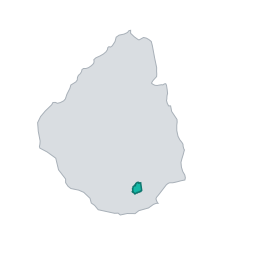 Lascano, Rocha, Uruguay shown in context, rotated 37°
{"feature_id": "84410073B78033052347779", "entity_name": "Lascano", "entity_type": "district", "adm_level": 2, "iso_a3": "URY", "parent_name": "Uruguay", "parent_adm1": "Rocha", "projection": "albers", "projection_center": [-54.358, -33.755], "detail": "fine", "context": "in_parent", "style": "filled", "palette": "teal", "viewbox_px": 256, "rotation_deg": 37, "n_neighbors": 0, "source": "geoboundaries", "source_scale": "gbopen_adm2", "svg_char_len": 3207}
<svg xmlns="http://www.w3.org/2000/svg" viewBox="0 0 256 256"><g transform="rotate(37 128 128)"><path d="M197.3,170.0L195.8,171.3L194.3,173.7L192.5,179.5L186.4,187.5L185.2,192.1L178.8,196.8L174.2,202.1L171.3,202.0L168.6,204.2L153.4,211.2L147.9,209.9L143.8,210.0L140.0,207.0L131.4,206.0L126.0,207.3L118.8,210.7L116.6,210.7L115.0,210.6L111.1,209.2L108.9,206.3L97.7,203.2L88.5,195.6L77.8,195.8L69.7,197.1L68.4,196.1L67.5,194.1L65.7,191.3L58.4,184.7L52.6,178.1L51.3,171.4L51.7,164.1L53.1,155.4L52.7,152.8L54.7,151.2L56.7,150.8L58.6,148.5L60.3,145.0L60.5,142.5L58.9,137.8L57.7,131.2L56.5,128.0L58.6,122.7L58.6,120.2L57.2,118.0L56.7,115.8L57.2,113.4L57.0,111.1L56.1,109.0L56.7,107.2L58.7,105.7L60.2,103.5L61.2,100.5L61.6,98.3L61.6,96.8L60.9,95.3L59.6,94.0L60.1,91.3L62.4,87.1L63.9,83.5L64.6,80.3L64.4,77.8L63.5,75.9L63.8,74.6L65.4,73.8L66.0,71.8L65.6,66.7L63.9,62.6L65.0,59.2L68.4,55.3L70.1,52.1L70.2,49.7L71.3,48.4L73.1,50.8L78.1,51.4L83.2,51.3L84.0,50.7L85.9,46.4L88.5,45.2L91.4,44.8L94.5,44.9L97.9,47.6L107.5,56.4L114.5,62.5L116.7,65.5L118.5,67.6L119.9,69.7L119.4,75.0L119.6,77.4L119.9,78.1L121.5,78.1L123.8,77.7L125.7,76.5L127.2,74.8L128.7,73.3L129.9,72.6L130.3,71.4L131.0,70.2L131.7,70.0L133.1,70.8L136.3,73.9L138.9,76.7L139.5,78.3L140.5,80.0L141.5,81.4L142.2,82.9L144.6,84.7L147.1,85.9L148.7,84.7L152.9,88.5L162.0,91.7L163.7,93.7L165.3,96.5L168.5,100.7L172.9,104.5L176.4,106.2L179.8,107.1L181.7,107.9L183.0,109.4L185.0,111.0L186.3,111.6L186.8,113.0L188.1,116.1L189.5,120.0L191.0,123.6L194.2,127.1L197.9,129.8L201.7,131.4L203.8,133.3L204.7,135.3L202.1,138.2L199.3,141.8L196.8,144.7L194.2,146.7L193.4,148.1L192.8,150.2L192.7,161.6L192.5,165.9L192.7,167.0L193.0,167.8L194.6,168.9L196.5,169.9L197.3,170.0Z" fill="#d9dde1" stroke="#a8b0b8" stroke-width="1"/><path d="M168.6,165.5L168.4,165.7L168.4,165.8L168.2,165.9L168.1,166.0L168.0,166.3L168.0,166.5L168.0,166.8L168.0,167.0L167.9,167.1L167.8,167.3L168.0,167.4L168.0,167.5L167.9,167.5L167.8,167.8L167.9,168.0L167.9,168.3L167.9,168.5L168.0,168.7L168.0,168.8L168.0,169.0L167.9,169.1L168.0,169.2L167.9,169.2L167.9,169.3L168.0,169.3L168.2,169.5L168.1,169.8L168.3,169.7L168.3,169.8L168.2,169.8L168.0,170.0L167.9,170.2L167.8,170.3L167.8,170.5L167.8,170.8L167.7,170.9L167.6,171.0L167.5,171.5L167.4,171.7L167.4,171.9L167.6,172.2L167.9,172.5L168.1,172.9L168.1,173.2L168.0,173.4L168.0,173.5L168.5,173.9L168.5,174.0L169.0,174.4L169.0,174.7L169.6,175.2L170.0,175.4L169.8,176.3L170.5,176.4L170.6,176.1L171.8,176.1L172.4,176.5L173.2,176.5L173.2,176.4L173.4,175.7L174.0,174.6L174.0,174.3L174.3,174.3L174.3,174.0L174.5,174.0L174.6,173.9L174.6,173.7L174.7,173.4L174.9,173.0L175.1,172.8L175.2,172.7L175.3,172.6L175.3,172.3L175.5,172.3L175.6,172.2L175.8,172.1L175.8,171.9L175.7,171.8L175.7,171.7L175.8,171.6L176.0,171.5L176.1,171.2L176.4,171.0L176.4,170.9L176.2,170.8L176.1,170.7L176.3,170.5L176.3,170.2L176.5,169.9L176.5,169.6L171.1,164.2L171.0,164.3L170.9,164.5L170.7,164.7L170.6,164.8L170.6,164.7L170.5,164.8L170.4,164.8L170.4,165.0L170.5,165.0L170.4,165.1L170.2,165.2L170.0,165.3L169.9,165.4L169.8,165.2L169.7,165.2L169.7,165.3L169.6,165.5L169.3,165.5L169.2,165.5L168.9,165.4L168.9,165.5L168.7,165.5L168.6,165.5Z" fill="#14b8a6" stroke="#0f766e" stroke-width="1.5"/></g></svg>